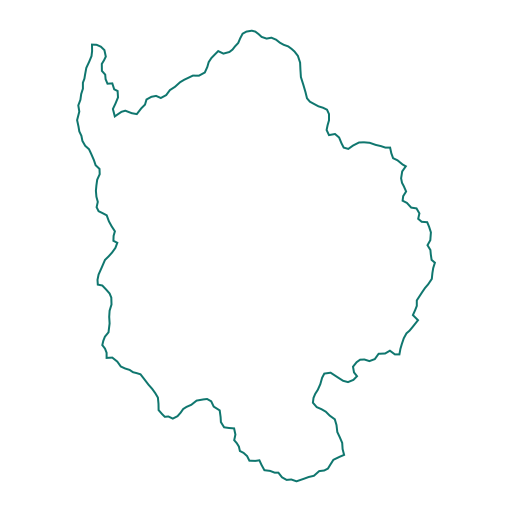 Cláudio, Minas Gerais, Brazil
{"feature_id": "56859067B78094435650232", "entity_name": "Cláudio", "entity_type": "district", "adm_level": 2, "iso_a3": "BRA", "parent_name": "Brazil", "parent_adm1": "Minas Gerais", "projection": "natural_earth1", "projection_center": [-44.782, -20.402], "detail": "fine", "context": "isolated", "style": "outline", "palette": "teal", "viewbox_px": 512, "rotation_deg": 0, "n_neighbors": 0, "source": "geoboundaries", "source_scale": "gbopen_adm2", "svg_char_len": 3645}
<svg xmlns="http://www.w3.org/2000/svg" viewBox="0 0 512 512"><path d="M249.4,460.7L255.5,460.9L259.4,460.3L261.5,464.9L264.4,470.2L270.1,470.9L274.8,472.7L278.4,472.7L282.0,477.3L286.6,479.9L291.3,479.5L296.5,481.3L303.8,478.8L308.7,477.0L313.9,475.8L319.2,471.1L324.2,470.5L327.9,468.6L330.3,464.7L333.4,459.8L339.6,456.8L344.1,454.9L342.6,449.1L342.2,442.9L339.8,437.3L337.3,432.0L336.5,425.1L334.8,419.3L329.7,415.6L325.8,411.7L321.5,409.2L316.7,407.1L312.9,402.7L313.5,397.9L315.2,393.9L317.8,389.8L320.3,384.2L322.1,377.8L324.3,373.6L330.6,372.7L335.2,375.7L339.2,378.3L343.1,380.8L348.0,382.1L353.4,379.9L357.0,376.2L354.0,372.4L353.0,366.7L356.6,362.2L360.1,359.7L364.4,359.5L369.4,361.1L374.8,359.1L378.6,353.8L385.1,353.5L389.9,350.7L394.9,354.4L399.4,354.4L400.4,348.9L401.8,344.1L403.8,338.2L406.5,333.3L409.4,330.8L412.1,327.6L414.8,324.2L418.0,320.2L412.9,315.1L415.2,310.0L416.8,305.9L416.8,300.4L419.2,296.7L422.2,292.1L425.0,288.0L428.1,284.4L431.8,278.9L432.4,273.1L433.2,268.1L434.9,262.7L431.6,259.9L430.8,254.4L430.4,250.0L427.5,245.2L430.3,240.2L430.9,232.4L429.1,226.8L427.2,222.2L421.7,221.8L418.2,218.8L419.4,213.4L416.5,208.4L411.2,207.6L406.9,202.9L402.6,200.7L403.2,196.1L406.1,191.5L403.9,186.4L402.0,182.8L401.1,178.3L402.2,171.4L405.8,166.3L402.6,164.5L397.5,160.3L393.1,158.2L391.3,153.2L390.1,147.6L385.4,147.6L380.9,146.1L375.7,144.9L369.7,142.8L363.9,142.3L359.0,142.5L353.1,145.5L348.3,148.9L343.7,147.6L341.5,143.3L339.1,137.5L335.0,134.0L329.0,135.1L326.6,130.0L327.6,125.2L329.0,120.3L329.0,114.1L327.0,109.7L322.9,107.7L318.4,106.3L313.2,103.5L309.9,101.7L307.0,98.3L305.5,92.2L303.4,85.0L300.9,77.1L300.4,69.3L300.1,62.6L297.9,55.9L294.5,51.5L291.6,48.9L288.2,46.4L283.7,44.8L279.9,42.7L276.1,39.7L271.4,37.7L266.6,38.6L261.6,36.9L258.6,34.1L255.3,31.6L251.8,30.7L246.4,31.6L242.6,33.7L240.2,38.3L238.2,43.0L235.0,46.4L232.5,49.6L229.4,52.0L223.4,53.6L218.2,51.1L215.1,54.2L211.4,58.0L208.7,62.1L207.3,67.0L204.8,72.5L198.9,75.7L192.9,75.6L187.7,78.1L184.3,79.7L180.1,82.2L175.0,86.8L169.9,90.1L166.2,95.1L160.8,98.0L156.1,95.9L151.4,96.8L146.5,99.5L145.0,104.6L141.3,108.3L136.8,114.1L131.8,113.2L125.3,110.7L121.5,111.8L118.4,113.9L114.8,116.4L112.9,109.0L115.5,103.5L118.0,97.4L117.6,91.0L114.2,89.3L112.3,83.4L107.5,83.7L105.6,79.2L105.2,74.6L101.9,70.9L101.8,63.9L104.0,60.3L105.8,56.6L104.4,50.1L100.9,46.7L96.6,44.8L92.0,44.6L92.1,51.1L91.5,56.1L89.2,61.7L86.3,67.9L85.1,74.4L84.4,78.7L82.9,82.7L82.9,88.7L81.2,94.0L80.4,99.8L78.3,105.4L79.3,111.6L77.1,120.1L78.5,126.6L79.3,131.4L81.4,135.8L82.4,140.9L85.2,145.8L89.0,149.2L91.2,153.9L93.9,160.1L95.6,165.2L99.5,168.9L99.7,174.2L97.2,179.7L96.4,185.5L95.9,190.8L96.4,196.7L97.8,201.9L96.6,207.2L98.6,211.2L102.3,213.0L106.7,215.3L108.9,221.3L111.7,226.4L114.9,231.3L113.6,235.8L113.4,240.8L117.3,242.8L115.4,247.9L112.1,252.5L108.7,256.3L105.0,259.9L101.5,268.0L98.6,274.5L97.5,279.8L97.8,284.6L102.3,285.5L106.1,289.5L109.6,293.5L111.3,297.6L111.5,304.5L109.6,310.7L109.2,316.8L109.6,323.5L108.5,332.3L104.9,336.7L103.3,340.8L102.3,345.1L105.0,348.6L106.6,352.8L106.6,357.9L112.3,357.6L117.3,361.6L120.8,366.5L125.1,368.5L129.6,369.9L133.0,372.2L136.6,373.1L140.5,374.3L144.3,379.2L148.5,384.7L152.2,388.9L155.3,393.2L157.9,397.6L158.5,403.9L158.6,410.1L162.1,414.1L164.8,416.8L168.4,416.5L172.8,418.6L177.5,416.2L180.6,412.7L183.2,409.0L186.5,406.9L191.3,404.8L196.6,400.6L203.5,399.4L207.1,399.0L211.2,401.3L213.7,406.6L219.7,410.4L220.6,417.1L220.9,422.1L224.1,427.3L229.0,428.0L234.1,428.4L235.4,434.6L234.2,440.2L236.8,443.2L238.9,446.6L239.9,451.0L243.6,452.9L247.1,456.1L249.4,460.7Z" fill="none" stroke="#0f766e" stroke-width="2"/></svg>